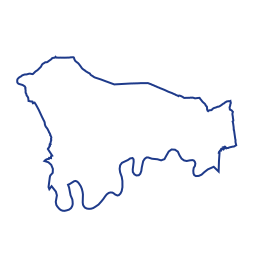 outline of Buhoci, Bacau, Romania, rotated 265°
{"feature_id": "2599482B2081503417481", "entity_name": "Buhoci", "entity_type": "district", "adm_level": 2, "iso_a3": "ROU", "parent_name": "Romania", "parent_adm1": "Bacau", "projection": "natural_earth1", "projection_center": [27.027, 46.571], "detail": "fine", "context": "isolated", "style": "outline", "palette": "blue", "viewbox_px": 256, "rotation_deg": 265, "n_neighbors": 0, "source": "geoboundaries", "source_scale": "gbopen_adm2", "svg_char_len": 5670}
<svg xmlns="http://www.w3.org/2000/svg" viewBox="0 0 256 256"><g transform="rotate(265 128 128)"><path d="M205.2,62.0L204.8,61.6L204.5,61.1L204.4,60.8L204.4,59.5L204.1,58.4L203.3,57.7L202.0,55.5L201.2,54.1L200.9,53.8L200.7,53.4L200.6,52.4L200.7,51.3L200.2,50.5L199.4,48.8L198.7,47.9L196.6,46.6L194.0,43.5L193.4,42.7L192.4,40.8L190.1,38.0L190.0,37.7L190.2,36.8L190.7,35.1L190.7,34.2L190.5,33.1L190.3,32.2L190.2,31.3L190.3,29.7L189.9,28.1L189.6,27.1L188.9,26.2L188.6,25.6L188.0,24.2L187.0,22.9L186.4,22.3L185.9,22.0L185.0,21.8L184.0,21.7L183.2,21.7L182.5,22.0L181.8,22.6L181.4,23.2L180.1,26.6L179.5,27.5L178.3,28.9L177.9,29.0L176.9,29.4L176.7,29.4L176.3,29.1L174.4,29.3L172.9,29.1L172.3,29.1L171.7,29.2L171.3,29.5L171.0,29.6L169.5,29.8L169.2,29.9L168.0,30.7L167.4,30.9L167.0,31.1L166.4,31.2L163.6,31.3L163.5,31.8L163.4,32.1L163.2,32.6L163.0,33.1L162.8,34.5L162.7,35.0L160.9,35.4L160.9,35.5L161.2,36.0L161.5,36.3L161.5,37.1L159.3,38.3L156.6,39.5L153.5,40.8L146.8,43.2L142.7,44.8L141.9,45.2L140.4,45.5L140.0,45.5L139.0,45.5L138.4,45.6L137.6,45.8L136.5,46.2L135.6,46.8L134.5,47.5L133.7,47.9L133.1,48.1L131.9,48.6L130.7,49.0L130.4,49.0L130.1,49.2L129.6,49.6L129.3,49.7L128.8,49.8L128.5,49.9L128.2,50.0L127.8,49.9L127.7,50.1L127.4,50.2L126.9,50.3L125.8,50.7L125.2,50.8L124.8,50.7L124.2,50.4L123.7,50.4L123.2,50.5L122.8,50.3L122.4,50.4L122.2,50.4L121.7,50.1L121.0,49.8L120.6,49.7L120.1,49.6L119.6,49.3L119.2,49.3L118.9,49.4L118.9,49.2L119.0,48.9L118.7,48.6L118.3,48.5L117.7,48.6L117.4,48.8L117.1,48.8L116.9,48.7L116.8,48.1L116.7,48.0L115.7,47.8L115.3,47.6L115.2,47.4L114.9,46.9L114.5,46.5L114.1,46.3L107.0,50.1L106.7,49.1L106.6,48.9L106.4,48.8L106.0,48.8L104.7,48.7L105.1,46.8L104.1,46.5L104.1,45.5L104.0,44.6L103.6,43.7L103.5,43.2L102.4,41.9L100.8,45.7L98.0,48.3L93.8,49.6L89.9,49.1L87.4,46.4L85.7,45.8L76.1,43.7L73.9,44.3L76.7,46.8L70.9,50.6L67.1,51.3L60.7,49.6L57.6,49.9L56.0,50.7L53.7,52.3L52.5,53.5L52.0,54.2L51.3,55.7L51.0,57.6L51.3,59.8L51.8,62.1L52.7,63.6L53.2,64.3L54.9,65.5L56.1,66.0L57.2,66.3L59.8,66.4L61.7,66.3L66.0,64.9L73.9,64.1L76.7,63.3L77.3,65.1L78.8,68.0L79.7,69.8L79.8,71.2L79.3,72.3L78.0,73.7L76.3,74.7L74.0,75.9L71.4,76.7L68.2,77.2L65.6,77.3L57.8,76.4L55.4,76.5L53.8,77.2L52.3,78.3L51.3,80.1L50.9,82.0L50.8,84.1L51.3,86.4L52.5,88.8L54.3,92.0L57.2,95.1L59.6,97.4L61.8,99.2L63.7,101.0L65.0,103.1L65.3,104.8L65.1,106.6L64.4,107.8L62.8,109.5L61.7,111.6L61.9,113.0L63.4,114.8L65.7,116.2L69.5,117.3L75.7,117.8L79.8,117.5L84.5,116.3L88.0,116.1L91.5,116.9L93.8,118.9L94.9,121.8L96.1,125.1L97.5,127.5L97.7,129.9L96.3,130.8L93.8,130.7L86.3,129.1L83.7,129.0L81.3,130.3L80.0,132.2L80.0,134.6L81.3,136.2L84.0,137.5L87.5,138.3L93.6,140.2L95.9,142.0L97.0,143.9L96.9,145.5L95.3,149.2L94.3,154.6L92.9,158.2L93.8,161.6L96.7,163.5L101.0,166.5L102.8,169.5L102.3,172.9L100.1,175.6L96.1,177.0L92.8,178.7L90.8,181.0L90.0,183.6L90.4,186.9L90.4,189.5L89.9,190.7L88.6,191.6L86.8,192.0L84.4,191.4L82.6,190.0L79.7,189.3L77.0,189.3L75.3,189.9L74.2,191.4L74.1,194.3L75.1,197.2L77.4,200.2L79.8,203.9L81.9,210.0L76.7,214.5L87.6,215.8L95.1,217.0L95.3,216.3L96.2,216.6L96.4,217.0L97.4,217.6L97.9,218.3L97.5,218.2L97.3,218.4L97.3,218.6L98.4,218.9L98.9,218.9L99.2,219.2L99.3,219.4L98.8,220.5L98.5,220.7L98.2,221.1L98.3,221.3L98.7,221.5L98.9,221.8L99.2,221.9L100.5,221.2L100.7,222.5L101.0,222.9L100.9,223.1L100.6,223.4L100.1,223.5L99.4,223.5L99.1,224.0L99.5,224.6L99.3,225.8L99.4,226.2L99.7,226.8L100.0,228.3L100.1,229.3L100.3,230.3L100.3,231.0L100.3,231.9L101.4,234.3L104.1,233.9L105.6,233.9L106.6,234.1L107.5,233.9L111.2,233.7L114.9,233.5L115.4,233.5L117.4,233.3L117.4,233.2L119.5,233.3L123.6,233.1L125.0,232.9L125.4,232.8L126.0,233.5L126.4,233.6L128.9,233.4L130.1,233.4L132.8,233.2L134.0,233.5L134.9,233.9L136.6,232.7L137.5,231.1L139.8,231.0L141.3,231.7L142.3,231.9L142.7,232.0L143.6,232.5L144.6,232.6L145.1,232.5L145.7,232.3L146.0,232.3L145.9,232.0L145.8,231.8L145.7,231.6L145.9,231.3L146.0,230.8L145.9,230.5L145.9,229.4L145.8,228.5L145.5,228.1L145.2,227.3L145.0,226.9L144.5,226.3L144.1,225.7L144.0,225.2L143.4,224.1L142.6,223.0L142.4,222.4L142.1,222.0L141.5,220.7L141.4,220.2L141.3,219.7L141.4,219.1L141.2,218.6L140.8,217.4L140.5,215.9L140.4,215.4L140.2,214.9L140.0,214.5L139.3,213.5L138.9,213.2L138.6,212.8L138.5,212.4L138.6,211.4L138.5,210.6L138.5,210.3L137.8,209.3L138.3,208.8L139.8,208.4L140.7,208.5L142.5,208.4L142.8,208.0L143.5,207.5L143.8,207.3L144.5,207.2L145.2,206.8L146.0,206.1L146.9,205.2L147.7,204.5L148.3,204.1L149.7,203.2L150.1,202.9L151.0,202.3L151.7,202.0L151.8,201.9L151.8,201.6L151.8,201.2L151.8,200.4L151.7,197.4L151.8,197.1L152.4,195.8L152.6,195.0L152.7,194.6L152.6,194.2L152.8,193.3L152.7,191.5L152.8,191.0L152.9,189.3L153.0,188.5L153.0,187.2L153.1,186.6L153.5,185.9L154.3,185.1L154.7,184.3L155.3,183.4L155.4,183.1L155.8,182.2L155.8,181.9L155.8,181.0L155.5,180.9L156.2,179.7L156.4,179.3L156.9,178.3L157.3,177.9L158.2,176.1L158.8,175.2L159.8,173.1L160.6,171.4L162.7,167.8L164.2,164.9L164.9,163.4L165.4,162.6L166.2,160.9L166.7,160.1L167.0,159.6L167.4,158.7L168.3,157.2L169.0,155.7L169.8,154.4L170.1,153.6L170.8,152.2L171.0,151.7L171.6,144.4L171.6,142.9L172.1,134.5L172.6,118.9L172.6,118.2L174.8,113.5L175.8,111.4L176.1,110.7L178.7,105.3L181.2,99.4L181.6,98.8L182.1,98.0L182.5,97.7L183.0,97.1L183.4,96.4L183.9,95.8L184.3,95.4L185.0,95.0L185.5,94.8L185.8,94.5L186.1,93.9L186.6,93.1L188.0,91.2L188.5,90.5L189.0,90.2L189.9,89.0L190.6,88.2L191.1,87.7L191.9,87.1L193.2,86.4L195.8,84.8L196.9,84.0L197.6,83.2L199.0,81.7L199.3,81.4L201.0,80.6L201.6,80.5L202.6,80.3L203.0,80.1L203.3,79.5L203.3,78.8L203.4,76.9L203.3,76.4L203.3,75.5L203.6,70.4L203.7,69.9L203.8,68.5L204.0,66.8L204.1,64.8L204.3,63.6L204.4,62.6L205.2,62.0Z" fill="none" stroke="#1e3a8a" stroke-width="2"/></g></svg>